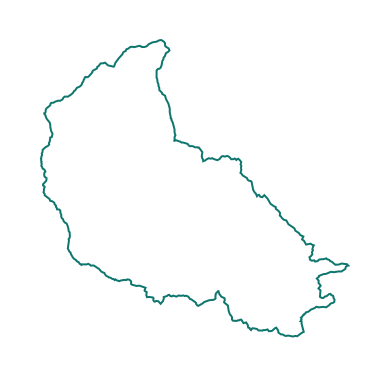 Huanuco, Huánuco, Peru (Albers equal-area conic projection), rotated 264°
{"feature_id": "86281439B77325652799034", "entity_name": "Huanuco", "entity_type": "district", "adm_level": 2, "iso_a3": "PER", "parent_name": "Peru", "parent_adm1": "Huánuco", "projection": "albers", "projection_center": [-76.232, -9.851], "detail": "fine", "context": "isolated", "style": "outline", "palette": "teal", "viewbox_px": 384, "rotation_deg": 264, "n_neighbors": 0, "source": "geoboundaries", "source_scale": "gbopen_adm2", "svg_char_len": 5883}
<svg xmlns="http://www.w3.org/2000/svg" viewBox="0 0 384 384"><g transform="rotate(264 192 192)"><path d="M216.6,244.1L218.1,243.3L220.2,241.5L220.0,240.5L219.2,239.4L220.4,238.6L220.8,237.9L220.3,236.5L220.5,234.4L222.8,232.9L224.2,231.0L223.8,228.4L224.5,226.3L224.2,225.1L222.0,223.0L221.0,220.6L222.6,216.9L223.5,215.7L223.2,214.2L223.8,212.0L222.8,209.6L221.8,208.2L221.9,207.3L221.5,206.4L222.9,206.4L225.0,205.5L225.8,205.7L226.5,205.4L230.5,206.5L235.4,203.6L235.3,202.9L235.9,202.4L236.1,199.7L237.0,198.5L237.7,196.8L237.7,194.9L238.6,193.6L240.3,192.7L242.2,188.2L242.2,186.9L243.2,185.7L245.2,181.4L244.7,180.0L244.9,179.7L246.1,180.3L248.2,180.3L250.3,181.5L251.3,181.1L254.2,180.9L255.7,181.2L263.1,180.1L265.3,179.2L266.9,179.2L267.5,178.5L268.4,178.7L273.8,178.2L277.2,178.6L282.3,177.8L287.3,175.8L290.6,175.3L292.7,172.6L294.0,172.4L296.7,170.2L299.2,170.3L301.2,169.7L302.6,169.9L305.0,169.2L308.0,169.2L309.5,168.7L316.5,169.5L317.8,170.7L318.1,172.6L318.9,173.8L321.5,175.1L325.4,176.2L327.2,177.5L328.6,177.8L330.0,179.3L332.7,180.5L334.0,183.1L335.2,184.4L337.2,183.8L339.6,180.8L341.4,180.5L342.6,180.8L344.4,179.8L346.2,177.6L346.4,176.4L346.0,174.2L345.3,173.0L344.9,168.1L343.5,164.4L341.7,162.3L341.1,159.6L341.6,156.9L342.4,156.2L342.9,154.7L342.1,149.9L342.6,148.3L342.7,145.9L341.2,143.4L340.8,141.7L339.1,140.7L338.5,138.7L337.1,137.5L336.4,137.3L332.4,132.9L328.3,129.2L325.1,127.7L324.8,127.2L326.7,121.7L329.7,119.1L329.3,116.9L329.4,114.5L327.0,112.3L326.4,110.9L325.1,110.6L324.6,110.0L323.1,106.3L322.3,105.5L321.3,105.3L317.4,101.0L317.1,99.7L317.6,98.1L316.9,97.2L316.0,97.0L315.2,96.2L312.9,95.2L312.0,94.2L310.1,93.4L308.6,91.4L307.6,88.3L305.2,86.4L304.7,85.2L303.1,84.1L301.8,82.3L299.8,78.6L300.2,75.5L299.3,74.0L297.6,72.9L296.5,70.4L296.8,68.5L296.2,65.5L295.3,63.7L295.4,61.3L294.4,60.4L293.5,60.3L292.7,59.6L290.4,56.0L288.9,55.1L286.4,54.6L285.7,53.9L285.7,53.3L285.1,53.3L283.5,54.4L282.6,54.3L279.9,55.2L276.0,57.7L273.6,58.1L271.9,57.9L267.8,58.2L264.4,59.4L261.2,58.2L261.0,56.7L257.1,55.8L255.8,54.9L254.0,54.9L252.6,53.1L252.2,51.5L249.6,47.9L247.4,47.5L246.0,46.6L244.4,46.8L243.2,46.0L241.9,45.8L241.1,45.2L239.7,45.5L238.6,45.2L237.7,45.6L236.9,45.2L235.6,45.5L233.7,44.9L232.3,45.6L230.9,45.9L229.8,47.4L227.9,48.3L227.5,48.3L226.9,47.4L224.9,46.8L223.6,46.8L222.7,47.0L221.0,48.8L218.5,48.3L215.2,44.6L214.0,44.6L212.9,45.9L212.3,46.0L210.6,45.0L209.3,45.0L207.1,44.3L205.6,45.2L204.1,45.2L199.8,49.7L198.1,50.0L197.3,52.2L195.6,54.0L194.1,54.1L192.6,55.3L191.5,55.1L190.4,55.8L188.9,55.9L188.5,58.0L187.3,59.1L185.3,58.9L182.9,59.6L181.2,59.4L179.6,59.8L178.4,60.9L176.4,61.3L174.7,62.6L174.1,63.6L173.2,64.3L169.2,65.2L165.8,65.3L164.8,66.1L160.7,65.9L159.3,65.6L158.1,64.4L156.8,64.6L148.8,62.6L145.6,63.8L144.4,64.9L143.1,65.0L139.3,66.7L137.9,67.7L136.1,69.9L135.2,70.1L134.0,72.0L132.3,72.8L131.9,73.8L131.0,74.3L131.5,75.5L131.0,79.6L131.4,81.3L130.3,82.9L129.4,83.6L129.2,86.6L125.0,91.7L122.5,93.3L121.5,94.6L120.7,96.4L119.5,96.7L117.5,98.0L116.5,99.7L115.8,100.2L115.7,101.1L114.8,102.6L114.0,103.5L113.5,105.0L112.5,105.9L113.1,106.7L111.9,108.1L110.9,110.5L111.4,111.7L111.7,115.8L111.3,116.6L111.4,117.8L111.9,118.5L111.3,120.6L109.5,122.1L106.8,121.8L106.0,122.8L104.3,127.2L104.4,129.8L101.6,135.8L99.0,134.5L98.5,134.7L97.2,136.5L94.4,135.8L92.1,136.2L92.1,138.5L91.2,142.1L90.4,142.6L88.4,142.2L86.9,143.1L86.8,143.7L87.4,145.1L86.9,147.1L84.1,149.1L86.6,151.8L89.2,152.9L90.5,152.9L91.1,156.1L92.0,157.5L92.1,158.7L90.9,159.4L90.3,160.9L90.9,162.5L89.6,165.5L90.5,168.1L89.9,169.9L90.0,172.6L89.3,173.8L89.5,175.2L88.3,177.4L85.8,178.8L85.3,180.1L81.5,184.3L80.3,184.4L78.6,185.4L78.1,186.4L80.0,190.7L81.3,192.7L82.6,197.9L82.5,202.1L83.1,203.6L83.7,204.3L85.9,204.4L88.5,205.1L90.6,207.6L91.4,207.8L87.1,208.7L86.5,209.4L84.9,210.1L82.9,213.3L80.9,213.3L79.8,212.6L78.8,212.4L75.4,215.8L69.6,216.1L66.3,216.9L64.9,218.0L63.2,218.7L61.0,218.4L59.7,219.3L59.1,223.3L59.6,224.3L59.5,226.0L60.0,226.6L59.9,227.7L56.2,229.5L56.6,232.2L54.1,233.5L51.3,233.7L50.8,235.0L49.3,235.6L48.5,236.3L50.0,237.5L50.2,238.2L49.0,242.3L47.4,243.6L46.8,247.5L47.2,248.6L47.0,250.3L47.4,252.8L45.6,253.8L45.4,256.2L45.5,256.9L47.9,260.4L48.3,261.6L45.3,263.2L43.2,263.2L41.1,265.6L40.8,267.4L39.4,269.2L39.0,270.5L39.2,272.6L37.7,277.4L38.1,279.5L37.6,281.6L40.6,286.8L41.2,288.5L49.6,287.2L51.3,287.5L52.0,287.1L52.2,286.5L53.4,287.6L54.0,287.2L55.2,287.7L55.7,287.3L56.6,288.7L57.8,289.4L57.9,290.2L58.8,290.7L59.3,292.1L60.3,292.5L60.9,295.5L62.6,297.9L63.8,302.1L64.9,303.6L64.0,306.1L64.1,310.0L63.3,313.4L65.3,316.9L66.5,318.0L67.2,321.1L67.8,322.0L70.1,322.5L71.5,321.7L73.2,321.7L74.1,321.4L74.8,319.9L76.2,319.0L76.1,317.6L74.3,314.9L74.2,313.3L72.9,311.6L73.2,309.7L74.4,308.3L80.8,309.5L82.8,307.7L83.7,308.4L84.9,309.9L85.6,310.1L88.4,308.3L90.6,308.7L92.9,307.1L94.6,309.5L95.3,309.6L96.6,314.2L96.6,316.9L98.1,321.8L97.4,324.8L97.7,329.8L97.3,332.2L99.4,336.4L101.6,337.2L102.4,338.7L102.5,339.7L104.0,338.5L105.2,333.3L104.5,330.3L104.7,326.9L108.2,323.6L108.7,322.3L110.0,321.5L111.2,319.1L112.0,318.5L111.5,316.2L111.6,311.9L111.2,310.9L110.1,309.6L110.0,307.1L111.2,306.5L111.2,303.9L112.2,302.4L114.9,302.0L115.9,303.7L117.2,304.9L117.8,305.2L119.7,305.0L121.4,306.2L122.4,305.7L125.2,306.8L126.2,307.6L127.0,306.0L128.2,304.5L127.8,300.0L131.7,298.3L133.4,296.5L136.1,298.1L137.8,295.3L139.9,294.1L142.7,290.8L145.2,290.0L149.9,284.5L153.8,282.9L154.9,280.3L157.0,278.5L158.4,277.9L159.3,276.9L162.2,277.3L164.3,275.9L166.5,273.6L168.4,273.7L169.0,272.3L172.0,268.9L177.6,266.4L181.3,263.6L179.5,261.4L180.1,259.5L182.2,258.3L181.9,257.1L181.0,256.2L183.8,255.3L184.8,254.4L187.5,253.1L195.9,252.3L196.5,252.0L197.5,249.5L198.2,248.7L200.0,248.2L203.2,244.1L205.1,243.1L205.9,242.2L208.6,243.3L211.2,243.3L212.8,243.8L214.4,243.2L216.6,244.1Z" fill="none" stroke="#0f766e" stroke-width="2"/></g></svg>